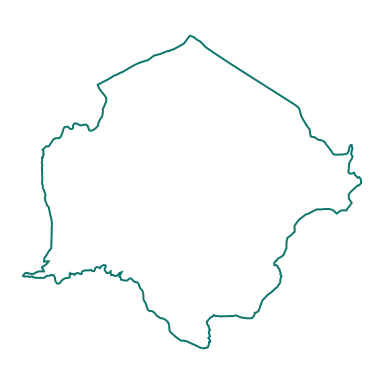 Ratau, Maseru, Lesotho
{"feature_id": "5366337B91346461785811", "entity_name": "Ratau", "entity_type": "district", "adm_level": 2, "iso_a3": "LSO", "parent_name": "Lesotho", "parent_adm1": "Maseru", "projection": "orthographic", "projection_center": [27.776, -29.38], "detail": "fine", "context": "isolated", "style": "outline", "palette": "teal", "viewbox_px": 384, "rotation_deg": 0, "n_neighbors": 0, "source": "geoboundaries", "source_scale": "gbopen_adm2", "svg_char_len": 5738}
<svg xmlns="http://www.w3.org/2000/svg" viewBox="0 0 384 384"><path d="M202.8,348.3L204.5,348.1L205.9,347.9L207.9,347.2L208.9,344.2L209.0,342.1L210.3,341.9L210.1,340.5L208.4,337.9L210.0,336.4L208.9,333.1L208.9,331.2L210.0,329.9L208.7,327.3L208.8,326.1L207.4,324.7L207.1,323.3L206.8,321.8L208.3,320.0L210.5,317.4L212.1,316.8L212.4,316.5L214.0,315.0L215.5,316.2L216.5,316.1L218.1,315.9L220.2,316.5L221.6,316.3L226.1,316.2L230.6,316.0L232.6,316.2L233.9,315.9L235.5,315.4L237.2,315.8L238.6,316.4L240.6,317.3L241.8,317.5L243.6,317.8L245.4,318.0L247.5,318.3L250.4,318.3L252.3,317.9L254.3,315.4L254.8,312.8L256.7,312.4L258.6,310.9L259.4,308.8L259.9,307.4L260.2,306.3L261.1,303.8L262.4,300.4L263.3,299.4L264.3,298.4L265.3,297.4L267.8,294.6L269.4,293.6L270.5,292.9L271.3,292.3L273.2,290.6L274.9,288.7L277.3,287.1L278.6,285.1L280.2,282.5L280.2,282.0L280.5,278.7L281.5,276.0L280.2,273.9L280.7,272.6L279.6,270.7L279.5,269.2L278.1,267.8L277.7,266.3L276.4,265.2L274.4,265.2L274.1,263.7L275.0,261.7L276.1,261.0L277.5,259.2L278.7,258.1L280.4,257.3L282.2,256.1L283.7,254.8L284.8,251.8L285.5,250.2L286.4,248.4L286.4,245.6L286.7,240.9L287.5,237.8L290.1,235.9L294.7,231.6L294.5,225.8L295.5,224.4L297.3,221.9L299.3,219.4L303.6,216.2L305.8,214.4L308.1,213.9L309.3,213.2L310.8,212.3L313.6,211.0L314.0,210.8L316.4,209.4L321.6,209.4L322.8,209.3L324.8,209.0L329.1,209.0L332.7,210.0L336.9,213.6L339.3,211.5L341.9,210.3L344.4,210.4L346.4,210.4L347.4,208.5L349.5,206.2L351.7,202.8L348.8,198.6L348.8,194.3L349.5,193.4L351.0,191.6L352.6,190.1L357.8,185.4L359.3,185.2L361.0,183.2L361.0,180.6L360.4,178.4L359.1,177.1L357.7,177.8L357.0,176.7L356.1,176.0L355.1,175.2L354.7,173.8L353.9,172.7L352.8,173.2L351.9,173.7L350.3,173.7L348.5,172.6L348.4,171.4L348.8,169.1L348.8,167.3L349.1,163.9L350.0,161.5L350.7,160.4L351.8,158.7L352.6,156.4L351.0,154.2L351.5,152.7L351.7,150.9L352.4,148.8L351.6,145.0L350.5,145.2L349.4,147.2L349.2,149.3L348.6,151.3L347.6,153.1L345.6,154.2L342.8,154.4L338.0,154.7L334.8,154.7L333.3,154.2L330.3,149.6L326.4,144.7L324.3,141.7L321.7,140.4L317.7,139.5L315.0,137.4L310.8,136.5L310.1,133.4L309.7,129.6L306.5,125.2L302.9,119.2L301.1,115.7L299.9,111.1L298.9,107.9L294.7,104.6L256.1,80.1L228.8,62.7L215.1,53.6L205.6,47.1L200.4,41.6L196.2,39.2L193.8,37.1L190.0,35.7L188.0,38.0L184.4,43.0L182.9,44.2L180.9,45.3L177.6,47.1L174.0,49.1L170.6,50.2L168.8,51.2L167.6,51.1L163.6,52.6L161.0,53.7L156.3,55.1L154.0,55.6L151.4,57.6L149.0,59.3L147.9,60.2L146.9,60.4L145.4,60.9L142.5,61.7L141.1,62.3L138.5,63.1L134.9,64.9L129.5,67.8L122.9,71.8L119.0,73.4L117.2,74.5L115.8,75.0L113.6,75.9L110.0,78.3L105.6,80.7L102.2,82.3L99.6,83.8L97.7,84.7L98.3,86.3L99.3,88.5L101.1,91.1L103.0,93.5L105.1,96.0L106.2,97.9L106.3,99.6L106.0,101.8L103.6,107.6L102.8,108.9L102.8,110.4L102.9,112.0L102.3,115.6L101.6,117.2L100.3,119.0L99.0,121.5L98.6,122.8L97.8,126.1L96.2,127.7L94.2,129.4L92.6,130.4L90.9,130.7L89.4,130.5L88.3,127.8L87.6,125.7L86.5,124.9L85.0,124.5L82.1,125.2L80.6,125.4L79.1,124.8L77.4,123.8L75.7,123.4L74.4,123.5L73.1,125.4L73.1,126.5L72.9,128.3L71.7,129.0L70.7,129.1L69.4,128.3L68.0,126.8L67.0,126.7L65.0,127.0L64.1,127.7L63.3,129.5L62.5,132.6L61.3,135.3L60.5,137.2L59.3,138.0L55.7,138.3L54.7,138.6L53.5,139.3L52.1,141.3L50.8,143.3L49.8,144.9L49.0,146.1L47.7,146.5L46.6,146.1L42.6,149.7L43.6,151.4L43.3,152.6L43.8,154.1L43.1,155.3L42.9,157.2L41.9,157.6L42.2,158.9L42.3,160.4L41.8,162.0L41.8,163.2L42.5,165.4L41.9,167.0L42.0,169.0L42.0,171.6L42.3,173.1L42.0,175.4L42.3,177.0L42.3,178.5L42.3,180.3L42.0,183.1L42.8,185.8L42.8,188.3L44.0,190.1L44.3,191.4L45.0,193.3L45.5,194.9L45.2,196.6L45.0,198.9L45.3,200.8L46.2,202.8L47.2,205.6L48.8,207.2L49.0,209.1L49.6,210.9L49.9,212.9L50.2,214.7L51.0,217.6L51.5,220.2L52.0,223.7L51.7,226.4L51.7,228.9L51.7,232.0L51.2,248.5L48.9,251.0L47.9,252.7L46.9,254.5L44.4,258.1L44.0,261.6L44.4,261.5L46.4,261.3L48.7,261.3L47.3,263.3L45.0,265.2L43.9,266.1L42.4,266.7L41.9,268.0L42.7,268.8L43.6,270.3L44.0,271.4L41.7,271.3L40.2,271.3L39.1,271.3L37.0,272.1L35.7,272.6L34.0,273.7L32.8,273.9L31.8,274.0L29.5,273.7L29.1,273.6L28.7,273.4L27.6,272.9L27.0,272.9L25.8,272.9L24.7,273.6L24.0,274.3L23.0,276.0L24.8,276.6L25.3,276.5L26.8,276.4L28.5,276.4L29.4,277.1L32.1,276.4L34.5,277.7L37.3,277.9L38.7,277.9L40.7,277.9L42.9,277.9L43.6,277.9L44.1,277.7L45.3,277.2L46.3,276.0L48.3,275.7L50.1,275.6L51.2,274.9L52.4,275.2L53.6,275.2L54.3,276.7L55.2,278.2L55.0,279.5L55.4,280.8L56.0,282.2L56.8,283.3L57.8,283.6L59.3,283.6L60.1,282.6L60.6,282.0L61.4,281.0L62.3,280.1L63.5,279.1L65.1,278.3L65.4,278.2L67.4,278.0L69.3,277.6L69.9,276.7L69.6,274.2L70.2,273.0L71.5,274.1L73.4,273.8L74.6,274.9L75.4,273.8L77.1,273.0L78.8,273.3L80.5,274.1L81.7,273.8L81.8,272.2L82.8,271.1L84.8,270.4L86.7,270.4L89.1,270.4L90.9,269.8L92.4,271.1L93.9,271.1L94.8,269.8L95.3,268.1L96.6,267.1L97.9,267.2L99.0,267.5L99.9,268.2L101.4,266.2L103.8,265.0L105.8,265.6L105.6,267.2L104.7,268.4L104.7,270.2L105.7,271.7L106.8,272.9L108.4,273.0L110.7,271.5L110.6,272.9L111.2,275.1L113.3,275.0L114.2,275.9L116.3,275.9L117.6,275.4L118.5,274.1L119.8,272.9L121.6,272.3L120.4,274.4L119.9,275.7L119.5,276.8L120.7,277.5L121.0,279.6L122.6,280.1L124.4,280.5L126.1,280.6L127.2,280.5L129.3,278.7L131.0,278.4L132.4,279.8L134.4,281.9L136.7,282.2L138.4,283.3L139.8,287.5L141.1,289.3L142.3,290.5L143.1,293.0L143.4,295.5L143.4,299.1L144.3,301.2L145.4,302.7L146.2,304.8L146.9,307.3L147.7,309.3L147.8,309.7L149.1,310.8L152.4,311.3L154.0,312.4L155.6,314.3L157.5,316.3L160.8,318.2L163.5,318.6L165.9,320.1L168.0,322.2L169.1,325.0L169.3,327.9L169.4,328.8L169.5,330.7L170.6,332.2L173.5,334.9L175.5,336.7L176.8,337.7L177.9,338.5L180.9,340.6L182.5,340.6L184.5,340.9L186.3,341.1L188.9,342.3L190.9,343.3L193.0,344.2L194.0,344.6L195.9,345.5L196.8,345.9L199.6,347.4L202.8,348.3Z" fill="none" stroke="#0f766e" stroke-width="2"/></svg>